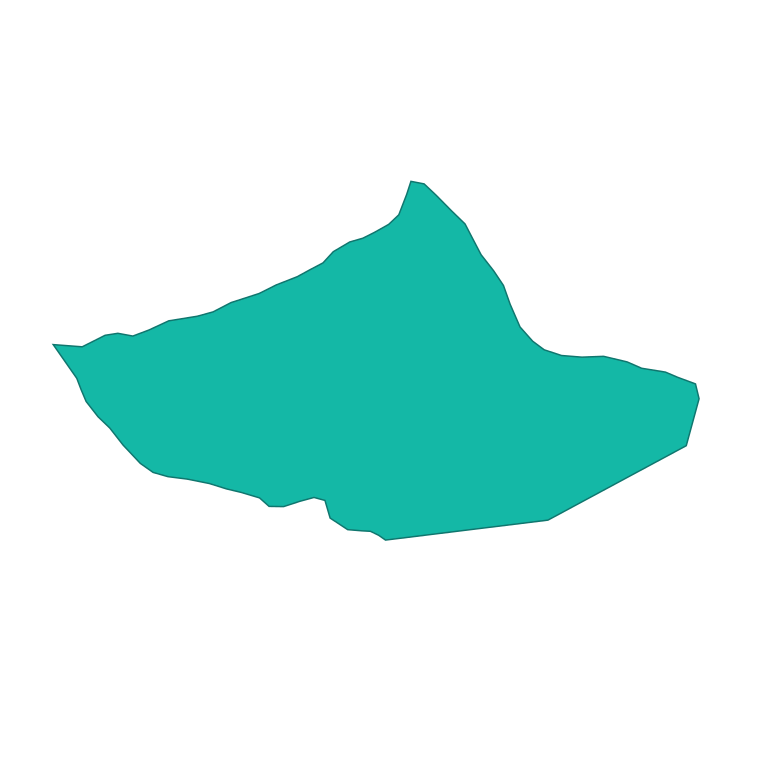 outline of Lapithos, Cyprus, rotated 322°
{"feature_id": "46923920B16403791533064", "entity_name": "Lapithos", "entity_type": "district", "adm_level": 2, "iso_a3": "CYP", "parent_name": "Cyprus", "parent_adm1": "", "projection": "albers", "projection_center": [33.164, 35.337], "detail": "fine", "context": "isolated", "style": "filled", "palette": "teal", "viewbox_px": 768, "rotation_deg": 322, "n_neighbors": 0, "source": "geoboundaries", "source_scale": "gbopen_adm2", "svg_char_len": 1047}
<svg xmlns="http://www.w3.org/2000/svg" viewBox="0 0 768 768"><g transform="rotate(322 384 384)"><path d="M259.0,456.5L265.7,476.4L276.2,486.1L282.6,491.7L286.6,499.8L289.1,507.9L429.4,592.2L584.2,618.7L623.2,589.6L629.5,575.7L619.4,559.3L613.1,547.9L596.7,530.2L589.2,516.3L574.1,497.4L556.5,484.7L541.4,470.8L531.3,455.7L527.5,441.8L526.3,422.8L532.5,398.8L538.8,379.9L540.1,362.2L540.1,341.9L543.8,321.7L546.4,307.8L543.8,288.9L541.3,267.4L538.8,251.0L530.0,240.9L518.7,248.5L499.8,259.8L486.0,261.1L469.6,258.6L457.1,256.1L444.5,251.0L425.6,248.5L410.5,251.0L396.7,248.5L381.6,246.0L360.2,239.6L341.3,235.8L313.7,225.7L293.6,221.9L278.5,215.6L253.3,201.7L231.9,196.7L215.6,191.6L205.5,180.2L194.2,173.9L169.1,168.9L147.6,149.3L146.5,169.9L145.4,190.4L141.9,201.8L138.5,214.4L138.5,233.8L140.8,249.8L140.8,271.5L143.1,296.6L147.6,311.5L156.7,324.0L170.3,337.7L185.1,354.9L195.3,369.7L204.4,381.1L215.8,397.1L218.1,409.7L229.4,418.8L245.4,424.6L259.0,430.3L265.8,439.4L259.0,456.5Z" fill="#14b8a6" stroke="#0f766e" stroke-width="1.5"/></g></svg>